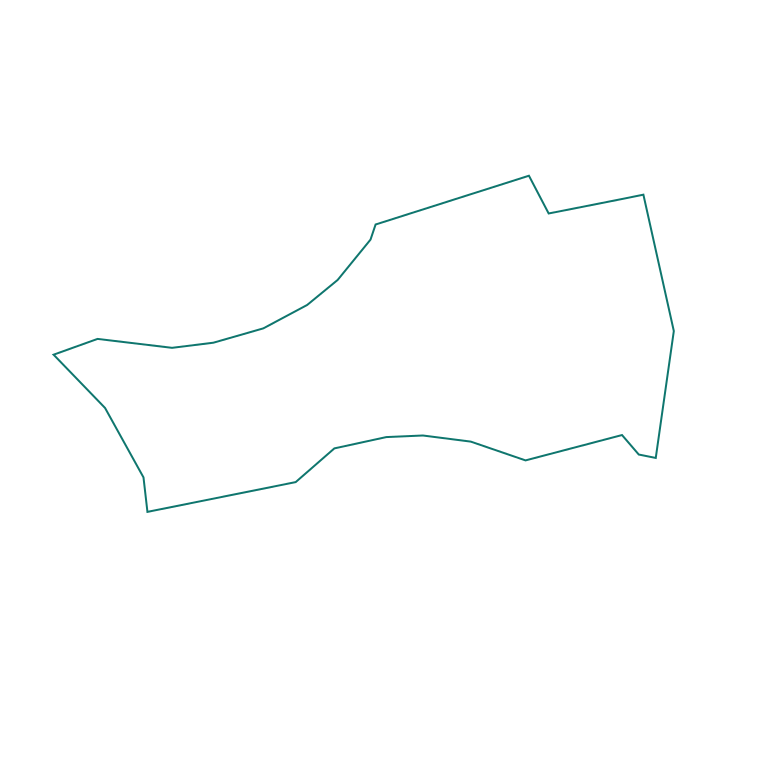 Houston, Tennessee, United States of America, rotated 342°
{"feature_id": "52423323B25005829455001", "entity_name": "Houston", "entity_type": "district", "adm_level": 2, "iso_a3": "USA", "parent_name": "United States of America", "parent_adm1": "Tennessee", "projection": "mercator", "projection_center": [-87.736, 36.273], "detail": "fine", "context": "isolated", "style": "outline", "palette": "teal", "viewbox_px": 768, "rotation_deg": 342, "n_neighbors": 0, "source": "geoboundaries", "source_scale": "gbopen_adm2", "svg_char_len": 489}
<svg xmlns="http://www.w3.org/2000/svg" viewBox="0 0 768 768"><g transform="rotate(342 384 384)"><path d="M586.2,230.7L425.3,229.7L415.8,242.5L372.1,270.7L335.3,285.1L286.4,293.8L234.5,292.0L193.6,284.1L125.5,252.6L78.8,254.0L111.3,320.6L126.4,398.5L119.5,432.5L269.7,450.0L316.9,429.9L369.8,435.2L405.1,445.0L448.7,465.6L495.0,500.4L594.6,506.1L604.5,529.8L619.6,538.3L676.0,423.2L689.2,284.1L666.6,281.5L593.3,272.7L586.2,230.7Z" fill="none" stroke="#0f766e" stroke-width="2"/></g></svg>